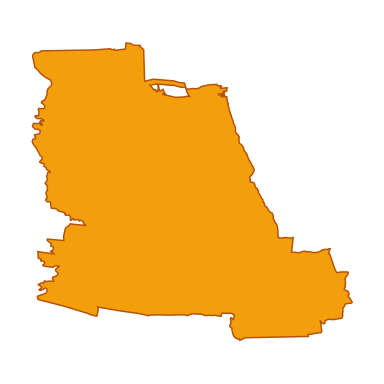 Brahasesti, Galati, Romania (Equal Earth projection), rotated 182°
{"feature_id": "2599482B25283721312735", "entity_name": "Brahasesti", "entity_type": "district", "adm_level": 2, "iso_a3": "ROU", "parent_name": "Romania", "parent_adm1": "Galati", "projection": "equal_earth", "projection_center": [27.355, 46.048], "detail": "fine", "context": "isolated", "style": "filled", "palette": "amber", "viewbox_px": 384, "rotation_deg": 182, "n_neighbors": 0, "source": "geoboundaries", "source_scale": "gbopen_adm2", "svg_char_len": 5967}
<svg xmlns="http://www.w3.org/2000/svg" viewBox="0 0 384 384"><g transform="rotate(182 192 192)"><path d="M347.5,327.8L348.4,326.8L350.4,326.0L354.0,325.8L355.6,324.0L355.9,323.0L355.9,321.6L353.3,310.9L350.8,309.0L347.6,305.3L344.3,302.7L342.2,301.3L337.9,299.2L336.7,297.8L336.1,296.1L335.9,294.8L336.5,293.4L339.7,289.9L340.3,287.8L340.2,285.1L340.7,283.1L342.2,279.4L342.8,278.6L345.3,277.3L345.6,275.9L345.4,275.6L343.4,274.5L342.2,272.8L342.3,270.7L343.5,270.1L347.5,270.2L348.3,269.9L348.5,269.2L347.6,266.9L348.1,264.5L347.8,263.3L348.3,262.9L349.8,262.6L351.1,262.9L351.5,262.6L351.4,261.6L349.5,260.0L345.1,260.0L343.4,259.2L342.6,258.1L342.8,257.7L343.4,257.6L345.5,258.2L346.5,256.9L346.2,256.2L344.4,255.1L344.1,253.9L344.5,253.4L345.1,253.4L347.0,255.2L347.5,255.3L350.5,254.9L352.3,255.2L353.3,254.0L353.7,252.9L353.6,251.8L351.9,250.1L349.8,249.1L347.5,249.2L345.9,248.1L346.1,245.6L346.5,245.1L349.5,244.0L350.4,244.1L351.5,243.3L351.0,241.8L350.3,241.2L350.1,240.5L351.1,239.4L352.3,239.5L352.9,238.9L353.4,236.7L352.9,235.3L351.8,233.6L348.6,229.7L347.7,227.6L346.3,225.6L345.5,223.7L343.3,221.8L342.9,219.8L345.3,217.0L345.2,216.5L344.0,215.8L341.2,215.1L340.6,213.9L340.9,212.6L338.8,211.5L338.1,209.3L335.2,208.0L334.5,207.3L334.7,206.6L336.4,206.7L337.1,206.1L337.1,204.4L337.9,202.7L337.0,200.0L337.2,198.6L339.1,195.5L336.9,193.2L336.6,192.1L336.9,188.3L337.7,186.8L337.9,185.7L336.4,181.0L337.8,179.7L337.8,178.5L337.1,177.7L336.0,177.1L333.9,177.4L333.0,176.6L332.2,171.1L330.1,170.5L328.4,170.9L326.1,169.7L324.5,168.3L318.9,167.0L317.8,165.9L318.2,164.9L317.3,164.4L314.7,164.6L313.6,164.3L312.4,162.6L312.7,160.2L312.4,159.4L311.9,159.5L310.1,161.2L309.5,161.0L309.2,160.0L308.9,159.9L305.4,160.5L304.7,160.2L303.9,159.1L302.9,159.7L301.2,159.5L300.2,158.8L298.8,156.3L297.5,155.6L297.2,154.8L312.7,155.9L313.4,154.6L316.9,151.8L317.4,150.7L318.8,142.8L318.4,139.0L334.8,139.9L335.1,139.1L334.8,138.4L331.1,135.6L331.1,132.8L329.5,132.7L328.7,132.0L328.5,130.9L329.5,128.4L330.3,128.4L331.2,127.7L330.3,127.1L329.3,127.0L327.9,125.3L344.0,127.0L343.2,120.3L342.6,120.7L340.5,119.8L341.0,118.9L340.6,117.7L338.3,117.8L336.8,116.5L336.9,115.2L338.6,113.7L337.3,112.7L328.5,111.9L327.1,112.6L326.7,113.3L325.5,113.6L323.1,113.5L322.2,112.9L322.7,112.2L324.0,111.8L325.4,110.1L325.7,109.3L325.3,108.3L323.2,106.4L323.1,104.8L326.0,102.6L327.8,102.4L328.4,101.7L328.4,100.7L327.5,99.4L327.3,98.0L331.4,98.0L334.4,97.4L336.0,98.1L336.7,97.5L336.9,96.3L337.2,95.9L339.5,95.8L342.4,94.3L341.7,93.4L340.6,93.0L339.0,91.8L339.3,90.6L341.3,89.2L340.8,88.5L339.4,88.4L335.1,91.0L333.7,90.0L333.3,88.8L333.8,86.7L334.6,85.7L342.6,82.5L343.0,81.5L341.9,79.9L342.1,79.2L317.0,73.7L290.3,66.6L290.2,66.2L282.9,64.5L281.9,68.5L282.0,69.7L281.5,70.7L282.2,73.8L260.8,70.8L242.2,68.8L233.8,67.5L231.4,66.8L228.9,67.6L219.9,68.1L209.8,68.2L198.4,68.9L194.7,68.8L194.4,69.1L192.6,68.3L190.4,68.9L190.2,69.5L187.0,70.3L185.0,70.4L183.2,70.1L178.7,70.4L174.9,69.1L172.4,69.1L170.9,69.4L167.5,69.2L164.5,69.7L162.4,69.1L159.1,68.9L158.4,69.1L158.6,70.2L157.8,71.9L148.2,72.1L146.9,71.2L145.4,70.9L145.5,69.3L146.2,66.0L148.3,67.7L148.7,67.6L149.2,66.8L149.2,66.2L148.6,64.8L148.6,62.4L148.7,61.5L149.4,60.8L149.5,58.8L147.3,57.1L147.3,55.5L146.0,51.1L145.2,49.4L144.3,48.9L144.0,48.0L142.9,47.4L141.0,46.6L139.7,46.9L139.0,45.4L133.8,48.2L70.8,51.7L70.6,51.7L70.8,53.8L66.8,54.2L65.0,54.9L58.7,55.9L57.7,56.4L57.4,56.9L58.7,64.9L58.6,65.6L58.8,65.9L58.6,66.3L59.1,66.5L59.5,67.3L58.9,67.5L57.1,65.1L54.8,65.1L54.4,68.0L51.5,69.5L45.6,69.4L37.8,71.2L36.9,74.1L37.5,75.4L36.9,77.4L37.2,80.8L36.9,81.5L35.5,83.2L35.2,85.1L33.6,85.8L29.0,86.5L28.1,87.2L28.6,88.4L30.6,91.5L32.4,92.9L32.2,94.3L31.4,95.0L31.5,95.9L32.4,97.9L34.7,99.2L35.9,99.5L36.4,100.1L36.2,101.4L35.5,102.3L35.9,104.3L35.3,105.5L35.9,110.1L35.8,111.6L33.6,114.6L33.1,116.2L33.2,117.3L33.4,117.5L39.9,117.3L44.7,116.5L47.3,121.7L52.0,134.5L53.4,135.0L52.4,139.2L51.9,140.1L52.9,140.2L53.5,139.7L55.8,139.2L57.4,139.4L59.1,138.6L60.1,138.6L60.5,137.7L60.9,137.8L63.5,136.3L64.4,136.4L65.4,135.9L68.2,135.7L73.1,136.5L75.7,136.3L77.7,136.9L82.6,135.1L90.4,135.4L89.3,150.0L92.3,149.3L96.7,149.8L102.4,148.9L104.4,150.0L104.9,157.3L105.4,160.1L106.5,162.9L107.4,163.8L110.2,169.0L109.8,170.7L111.1,173.6L113.0,174.4L114.5,176.0L116.7,179.5L118.5,180.3L119.5,183.5L120.7,185.2L121.0,187.0L122.1,187.8L124.1,191.6L125.1,192.6L125.7,195.4L126.3,196.0L126.6,197.2L127.1,197.9L128.7,198.7L129.1,199.4L129.4,201.5L130.4,203.3L134.5,204.4L133.9,206.4L135.0,207.9L134.7,209.0L132.2,212.0L130.9,214.8L130.6,216.8L131.3,217.6L131.9,219.5L132.6,220.0L134.5,223.8L136.0,225.8L138.3,230.8L138.4,231.8L141.6,235.7L142.0,238.2L143.4,240.1L146.5,242.6L146.9,246.1L146.7,248.6L148.1,251.0L149.2,251.5L150.6,253.4L150.8,257.9L152.6,261.5L153.6,264.8L155.0,268.0L155.6,270.4L156.7,271.9L156.5,272.7L157.7,275.2L158.1,277.7L158.8,278.9L158.7,281.6L159.8,283.2L160.6,288.4L165.6,288.3L165.7,288.7L166.4,288.6L166.5,289.1L166.9,289.1L162.7,289.6L163.2,290.6L168.9,290.1L169.0,290.8L164.9,291.2L164.9,291.7L163.9,291.8L162.7,292.5L162.8,293.1L164.1,293.1L164.0,293.9L161.0,294.1L160.6,294.5L160.8,295.6L160.5,297.4L167.0,296.6L167.4,297.4L166.2,298.5L166.2,299.0L170.2,299.2L170.7,300.4L177.6,299.9L180.9,299.2L187.0,297.5L187.8,296.4L190.8,295.4L195.4,295.4L199.5,294.6L200.8,294.9L201.4,295.6L201.8,295.5L200.8,292.3L198.9,288.9L197.7,287.5L199.7,287.6L204.4,286.6L211.9,286.0L224.5,288.5L224.5,289.1L221.5,288.4L223.5,291.1L224.4,293.5L225.3,292.7L227.6,292.0L228.4,293.6L229.3,297.7L229.9,297.7L229.0,293.3L230.0,293.0L229.5,291.6L230.7,290.8L232.4,293.1L233.4,292.6L237.8,297.3L230.5,298.8L218.9,298.0L214.0,298.0L206.2,296.2L202.0,296.5L203.2,300.6L208.3,300.9L214.2,302.4L234.5,303.4L243.2,301.0L245.3,332.7L249.7,336.1L249.1,336.7L255.8,336.7L258.3,338.3L263.2,338.6L263.5,332.6L273.6,330.9L274.6,332.0L276.4,331.4L278.8,332.3L295.4,330.5L347.5,327.8Z" fill="#f59e0b" stroke="#b45309" stroke-width="1.5"/></g></svg>